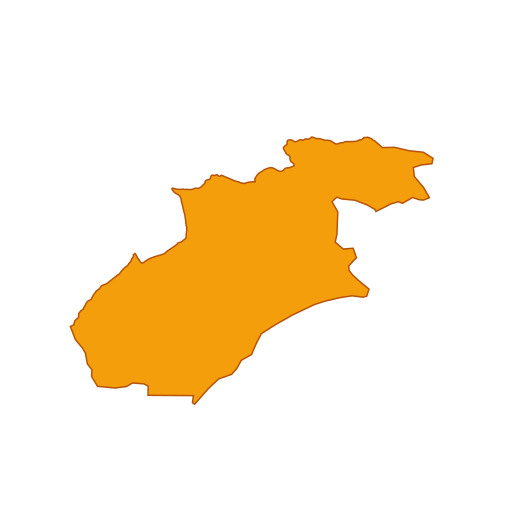 Tashir, Lori, Armenia, rotated 331°
{"feature_id": "60910142B71035098533409", "entity_name": "Tashir", "entity_type": "district", "adm_level": 2, "iso_a3": "ARM", "parent_name": "Armenia", "parent_adm1": "Lori", "projection": "robinson", "projection_center": [44.248, 41.132], "detail": "fine", "context": "isolated", "style": "filled", "palette": "amber", "viewbox_px": 512, "rotation_deg": 331, "n_neighbors": 0, "source": "geoboundaries", "source_scale": "gbopen_adm2", "svg_char_len": 4407}
<svg xmlns="http://www.w3.org/2000/svg" viewBox="0 0 512 512"><g transform="rotate(331 256 256)"><path d="M415.7,213.0L415.0,211.9L414.3,210.9L414.2,210.0L414.0,209.4L413.2,208.7L412.3,207.5L411.2,206.2L410.2,205.9L408.7,205.2L407.5,204.6L405.9,205.3L404.8,205.4L404.0,205.2L402.8,204.7L401.8,204.5L400.6,204.6L399.4,204.3L397.5,203.5L393.2,201.3L390.6,199.8L389.3,199.2L387.7,199.2L386.3,198.8L385.3,198.2L383.1,197.7L381.0,197.3L379.9,196.4L379.2,195.1L378.2,193.5L377.3,191.7L376.2,190.6L375.3,189.9L374.3,189.2L373.1,188.6L372.0,187.7L371.0,186.7L369.5,185.1L368.6,184.2L367.3,183.5L366.2,182.9L365.1,181.8L364.0,180.5L363.4,179.7L363.2,179.5L362.7,179.2L362.4,179.0L362.2,178.9L361.0,179.2L359.7,179.4L358.3,179.1L356.9,178.1L355.7,177.5L354.3,177.5L352.9,177.4L352.0,176.5L351.2,175.8L350.1,175.5L348.4,175.6L347.2,175.6L345.9,175.2L344.9,174.4L344.2,173.4L343.9,172.5L343.7,172.1L342.8,171.3L341.6,170.7L340.1,170.2L339.0,170.7L338.6,171.2L338.1,171.8L337.5,173.2L335.2,173.7L333.3,174.1L332.4,174.7L332.0,175.7L332.0,176.9L332.1,179.1L332.0,181.1L332.5,182.3L333.4,183.9L333.7,185.0L333.7,186.3L332.9,187.2L332.8,187.5L332.5,188.3L332.3,189.6L332.3,189.9L332.5,190.8L333.4,192.4L333.5,193.6L333.5,195.0L333.0,195.6L332.0,195.4L330.2,195.3L328.1,195.0L326.7,194.4L325.6,193.8L324.8,193.6L323.9,193.7L322.7,193.8L321.8,194.2L320.2,194.4L318.8,194.0L318.1,193.5L317.0,192.5L316.4,191.7L315.7,190.6L314.9,189.2L314.1,188.2L313.7,187.5L313.2,187.0L312.7,186.5L311.7,185.8L311.1,185.6L308.9,185.0L305.2,184.5L303.2,184.8L298.4,185.0L297.5,185.3L295.4,186.2L292.9,187.6L291.8,188.8L291.0,190.8L288.5,189.1L286.5,188.4L284.8,187.7L283.2,187.3L281.3,187.1L280.5,186.4L278.9,185.3L277.8,184.3L276.8,182.7L275.8,181.9L273.5,179.7L272.2,177.9L271.3,176.7L266.6,170.7L265.2,168.9L264.4,168.6L262.9,168.7L262.1,168.1L261.9,167.1L261.4,166.0L260.1,165.7L258.5,165.4L257.9,164.7L256.6,163.9L255.8,164.1L254.7,164.9L253.5,166.1L252.5,166.4L250.7,166.0L249.5,165.6L248.3,165.9L247.5,166.2L247.0,167.2L246.0,167.8L244.4,168.0L243.2,168.6L241.9,168.9L240.4,169.0L239.0,169.0L237.9,168.7L236.8,167.8L235.5,167.1L234.0,167.1L232.1,166.6L230.0,165.7L228.5,164.5L225.9,163.3L224.5,162.0L223.3,161.6L221.7,160.9L218.3,158.5L217.1,157.3L215.9,156.1L214.9,156.5L214.9,157.7L215.0,158.4L215.2,159.9L216.1,162.3L217.3,164.0L218.3,166.0L218.4,168.1L218.1,170.0L217.3,172.2L217.2,172.2L217.2,172.4L216.4,175.5L215.1,179.9L214.1,183.6L213.5,186.3L212.6,188.1L212.1,189.8L209.6,195.6L209.5,197.1L207.9,199.9L205.3,203.4L204.1,205.5L203.1,206.6L201.4,206.8L199.7,207.1L198.0,207.5L197.0,207.4L195.3,207.0L194.4,206.8L193.8,206.9L192.1,207.5L190.1,207.8L187.6,208.1L186.2,208.2L184.7,208.3L182.1,208.6L180.5,208.7L178.9,209.1L177.0,209.5L175.3,209.3L170.6,208.3L167.1,207.5L163.4,206.9L163.0,206.8L160.6,206.7L157.1,206.8L156.6,206.9L154.1,207.2L152.6,206.8L152.1,205.4L151.8,203.4L151.8,202.7L151.5,199.3L151.6,195.7L151.3,195.1L149.3,195.5L148.5,197.0L147.5,197.6L145.8,198.3L144.8,199.3L143.1,200.4L141.3,200.8L140.1,201.7L139.0,202.0L136.7,202.3L135.0,202.8L132.0,203.5L130.6,204.3L129.6,204.5L128.1,205.4L125.2,205.5L124.1,205.9L122.6,206.1L120.3,206.4L117.4,206.9L116.0,207.1L113.1,207.7L111.3,207.8L108.0,207.2L106.1,207.2L104.4,208.1L103.5,208.7L102.0,208.8L99.2,209.3L95.4,211.0L92.2,212.9L90.4,214.2L88.5,214.0L86.5,214.0L84.5,215.0L82.7,216.3L80.3,217.7L78.5,219.0L76.8,218.9L74.1,219.8L73.0,220.5L72.2,221.6L71.4,223.2L70.4,223.9L68.9,224.1L66.1,224.8L65.4,225.5L64.8,226.1L63.4,227.9L60.1,227.6L59.5,227.5L57.5,241.7L59.6,252.5L59.7,258.2L56.2,268.7L57.3,276.1L53.8,281.6L54.2,293.2L68.9,303.2L79.3,307.3L86.4,307.2L96.1,313.6L98.6,317.6L94.0,325.5L133.6,347.8L129.3,353.5L130.4,355.9L150.3,348.8L163.8,345.4L177.3,347.7L184.5,345.2L192.6,340.1L204.3,340.0L214.2,332.4L223.1,326.5L239.4,325.5L259.2,325.3L272.8,326.1L283.6,326.8L295.4,329.2L309.8,333.3L320.7,337.4L329.8,344.0L333.4,344.8L338.8,339.8L334.2,328.1L331.4,319.8L330.4,313.9L332.2,309.8L339.4,307.2L343.0,306.3L344.7,296.3L335.7,292.2L332.0,282.2L337.3,276.3L341.8,268.8L348.9,257.1L348.8,245.4L355.1,243.7L358.8,247.8L369.7,255.3L377.9,265.2L382.5,272.7L382.5,275.2L399.7,275.9L406.9,277.6L409.6,280.9L421.4,280.8L425.9,285.8L429.6,288.3L435.9,289.1L435.8,277.4L434.5,270.8L433.0,263.2L436.5,254.9L444.7,256.5L454.6,260.6L458.2,256.4L452.7,246.4L440.9,238.1L430.0,228.2L419.1,222.4L415.7,213.0Z" fill="#f59e0b" stroke="#b45309" stroke-width="1.5"/></g></svg>